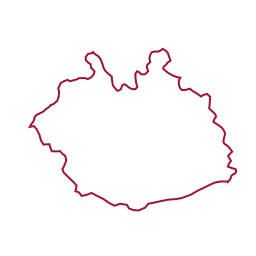 Astravyets, Grodno, Belarus (Mercator projection), rotated 255°
{"feature_id": "67162791B54270193950847", "entity_name": "Astravyets", "entity_type": "district", "adm_level": 2, "iso_a3": "BLR", "parent_name": "Belarus", "parent_adm1": "Grodno", "projection": "mercator", "projection_center": [26.135, 54.766], "detail": "fine", "context": "isolated", "style": "outline", "palette": "rose", "viewbox_px": 256, "rotation_deg": 255, "n_neighbors": 0, "source": "geoboundaries", "source_scale": "gbopen_adm2", "svg_char_len": 2266}
<svg xmlns="http://www.w3.org/2000/svg" viewBox="0 0 256 256"><g transform="rotate(255 128 128)"><path d="M210.4,113.8L209.6,113.1L209.9,108.6L207.4,105.4L204.5,104.8L201.6,106.4L199.4,108.3L195.5,108.0L193.0,109.6L191.1,110.3L188.5,108.6L186.6,105.8L185.6,101.9L187.2,99.7L188.8,93.9L188.2,90.7L188.2,87.2L188.2,84.0L190.1,82.1L189.8,78.2L188.8,74.7L184.3,70.9L181.1,70.9L176.6,69.3L172.5,66.7L170.3,61.9L170.2,59.3L169.9,59.3L168.3,56.1L167.4,53.6L165.8,50.4L164.8,45.9L164.5,43.6L162.9,40.8L160.3,39.5L158.1,37.6L156.8,35.6L154.5,33.5L154.2,37.6L150.9,39.3L144.4,40.7L138.6,40.7L133.9,42.1L132.7,47.9L130.4,47.9L125.3,48.3L123.9,53.0L123.3,56.3L120.0,58.1L117.1,60.2L112.6,60.0L108.1,56.7L105.2,54.0L101.5,54.4L96.6,57.3L89.4,61.6L85.8,63.4L82.9,62.2L80.6,60.8L78.4,64.1L74.5,65.5L74.1,70.4L74.7,75.9L72.0,78.8L66.1,85.6L60.1,90.7L56.4,95.0L56.9,100.7L54.0,107.1L50.1,108.1L47.4,111.8L45.6,116.9L46.6,123.7L49.5,128.0L49.1,135.2L48.5,147.5L47.0,155.7L46.4,161.6L47.4,171.8L49.3,178.6L50.5,185.2L51.7,191.1L52.8,197.7L52.4,203.6L50.7,209.8L49.9,210.3L52.1,213.6L55.0,215.4L55.9,217.2L56.2,219.6L58.0,221.3L60.4,221.3L61.9,218.7L64.8,214.5L67.5,216.3L69.6,219.0L73.5,217.8L75.2,217.5L77.0,220.4L78.2,222.5L80.6,221.6L83.9,220.2L86.0,218.7L88.0,216.9L90.1,216.6L93.4,218.1L97.0,220.2L99.6,220.2L103.5,219.0L107.1,216.3L111.8,212.1L114.8,214.2L116.0,216.0L119.0,215.7L121.9,213.9L125.8,211.5L131.5,213.6L136.8,215.4L140.4,213.3L140.4,209.1L139.5,206.8L143.7,203.2L147.5,199.6L149.9,198.1L149.9,193.4L150.8,189.8L153.2,188.6L156.4,188.3L160.9,189.5L163.0,191.6L164.8,188.0L167.7,184.2L171.3,180.6L176.1,177.3L178.2,178.5L179.0,180.9L180.8,183.0L182.0,186.5L185.9,186.2L190.0,185.9L192.4,184.8L195.4,182.1L194.5,179.7L193.9,177.0L194.8,174.6L195.1,170.8L193.3,168.7L189.8,166.6L185.9,166.6L184.1,163.0L182.0,161.9L177.6,162.2L175.5,158.3L176.4,154.7L178.7,153.5L180.5,151.5L178.4,149.1L174.3,148.2L170.2,147.6L165.2,147.6L163.7,145.4L164.4,142.1L166.7,139.5L168.6,138.1L170.9,136.4L171.1,134.9L170.7,133.4L168.8,132.2L167.3,131.1L166.7,129.2L166.7,127.3L169.8,125.8L173.0,124.4L178.7,125.0L181.8,125.6L186.3,122.5L189.2,120.8L192.4,120.0L196.0,119.9L200.6,119.5L203.8,118.5L205.8,117.2L207.3,115.7L210.4,113.8Z" fill="none" stroke="#9f1239" stroke-width="2"/></g></svg>